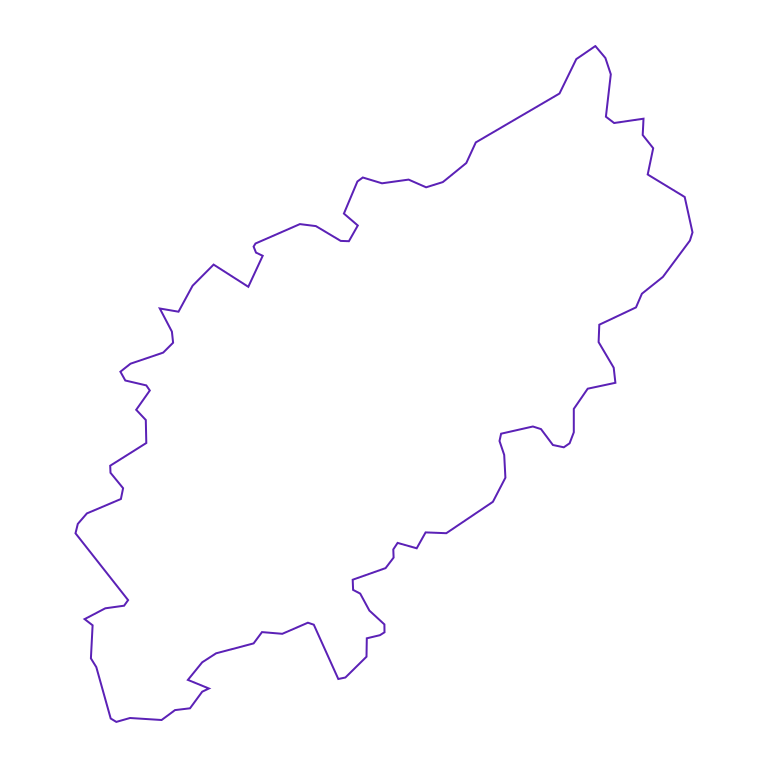 the border of Northamptonshire
{"feature_id": "GBR-2749", "entity_name": "Northamptonshire", "entity_type": "Administrative County", "adm_level": 1, "iso_a3": "GBR", "parent_name": "United Kingdom", "parent_adm1": "", "projection": "mercator", "projection_center": [-0.87, 52.306], "detail": "fine", "context": "isolated", "style": "outline", "palette": "violet", "viewbox_px": 768, "rotation_deg": 0, "n_neighbors": 0, "source": "natural_earth", "source_scale": "10m", "svg_char_len": 1566}
<svg xmlns="http://www.w3.org/2000/svg" viewBox="0 0 768 768"><path d="M492.9,501.8L446.3,533.2L425.6,532.4L416.7,548.3L397.6,542.9L393.3,549.4L393.6,557.6L385.6,568.1L352.7,579.7L353.1,589.9L360.2,593.6L369.4,610.6L384.4,624.4L384.5,632.3L379.9,635.2L366.8,638.3L366.5,656.7L359.6,663.5L345.4,677.5L338.3,679.0L313.8,624.7L307.9,622.7L282.3,633.8L262.0,632.1L253.6,643.4L216.1,653.3L202.2,662.3L187.9,679.9L208.9,688.5L202.2,691.7L190.0,708.3L175.0,710.1L161.6,720.0L130.0,718.0L116.3,721.9L110.7,718.5L96.3,667.1L90.9,658.4L92.6,625.3L84.6,619.1L105.3,608.3L124.1,605.7L128.1,600.1L75.5,533.3L77.8,523.9L86.9,513.4L120.9,499.0L123.1,488.2L110.5,472.8L110.2,465.7L146.3,443.0L145.8,420.0L136.2,409.8L149.8,390.5L146.3,385.4L125.3,380.5L120.4,371.7L130.5,363.7L163.2,352.6L173.1,342.7L171.9,331.6L159.8,308.5L178.5,311.7L192.6,285.7L213.6,264.6L248.3,286.8L262.7,255.8L256.0,252.6L253.6,246.6L255.5,243.5L299.9,224.1L315.9,226.1L340.7,240.9L348.9,241.2L357.8,225.5L343.9,213.6L357.4,181.5L362.8,177.5L382.0,183.3L408.6,179.6L426.1,187.3L442.8,182.1L445.7,179.8L466.3,163.0L475.8,142.4L559.5,93.5L576.3,59.1L595.1,46.2L595.4,46.1L605.4,58.0L610.8,74.3L605.9,116.7L614.1,123.0L643.5,118.7L643.2,125.3L642.7,135.0L653.2,148.2L647.7,174.5L684.7,197.0L692.5,232.4L689.9,240.6L662.9,276.9L641.9,293.7L636.0,307.4L599.3,324.7L598.6,342.1L613.7,367.7L615.4,382.8L587.7,388.7L573.8,408.9L573.8,432.3L569.6,443.3L563.8,447.3L552.9,445.0L541.0,429.1L532.9,426.5L501.1,433.7L499.5,441.0L504.2,454.9L505.4,477.7L492.9,501.8Z" fill="none" stroke="#5b21b6" stroke-width="2"/></svg>